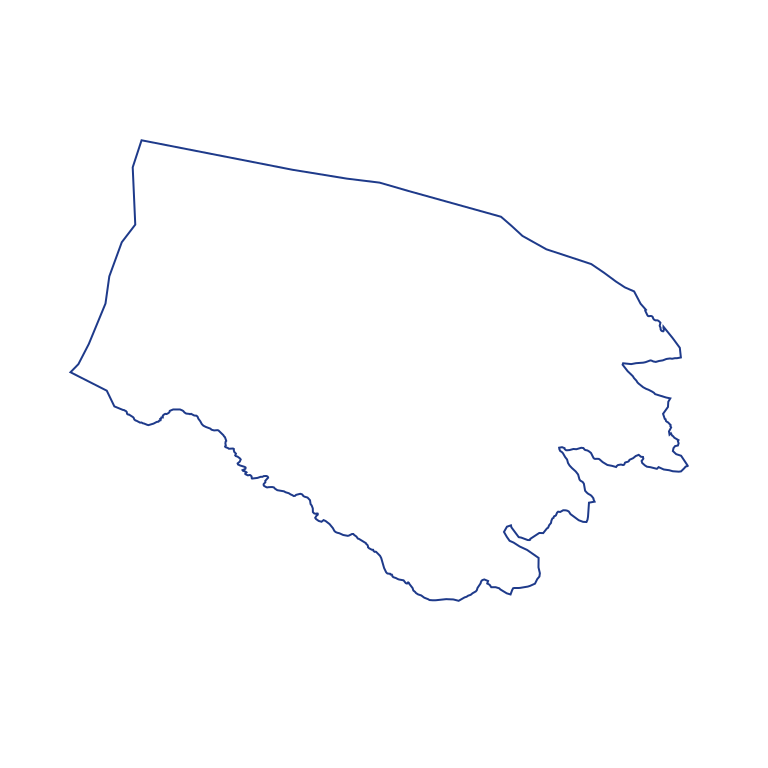 Upper Manya, Eastern, Ghana, rotated 278°
{"feature_id": "2480657B72113427832631", "entity_name": "Upper Manya", "entity_type": "district", "adm_level": 2, "iso_a3": "GHA", "parent_name": "Ghana", "parent_adm1": "Eastern", "projection": "equal_earth", "projection_center": [-0.205, 6.384], "detail": "fine", "context": "isolated", "style": "outline", "palette": "blue", "viewbox_px": 768, "rotation_deg": 278, "n_neighbors": 0, "source": "geoboundaries", "source_scale": "gbopen_adm2", "svg_char_len": 6149}
<svg xmlns="http://www.w3.org/2000/svg" viewBox="0 0 768 768"><g transform="rotate(278 384 384)"><path d="M487.9,104.6L452.4,97.0L424.9,97.0L382.5,86.1L361.1,78.6L352.0,71.9L338.8,110.4L324.3,120.1L322.0,129.0L322.0,130.2L321.6,131.0L321.4,132.0L320.4,133.2L319.0,133.6L318.4,134.1L318.1,135.1L318.3,135.6L316.3,140.0L315.8,140.7L314.1,141.7L313.3,143.0L313.2,143.9L311.8,147.8L312.1,149.3L311.5,150.7L311.5,151.7L310.6,155.3L310.5,156.5L312.7,161.3L314.8,164.2L315.3,165.9L315.9,166.1L316.3,166.7L316.7,166.8L317.0,167.8L317.6,167.9L318.4,167.3L319.1,168.1L319.9,168.2L320.1,168.7L320.1,169.6L321.9,169.4L322.9,170.1L324.0,171.5L324.0,172.9L325.3,174.7L326.5,175.5L327.6,175.6L329.4,178.7L330.4,185.5L329.8,187.8L329.3,189.0L328.1,190.3L327.2,192.2L327.3,195.5L327.1,196.1L327.6,197.1L326.4,200.4L326.5,202.7L325.7,203.9L323.8,205.0L321.5,207.3L319.0,209.1L317.6,210.9L316.7,213.5L315.6,218.4L314.8,219.4L314.6,220.3L314.4,222.3L315.1,225.4L315.0,226.5L311.0,232.0L309.7,233.1L309.2,233.9L305.7,235.7L304.9,235.2L303.0,235.2L301.1,235.9L300.1,235.3L299.8,235.4L299.4,235.9L298.9,238.2L298.3,239.4L299.1,243.5L298.7,244.4L297.8,244.4L296.0,245.1L294.4,247.1L292.6,246.6L292.0,247.3L291.7,249.1L290.4,251.5L289.4,252.6L287.1,252.0L285.0,250.1L284.0,250.6L283.3,252.8L282.6,257.2L282.2,258.4L281.9,258.6L280.9,258.6L280.4,258.1L279.0,255.9L278.4,256.5L278.1,258.7L277.4,260.1L276.2,259.1L275.4,259.3L274.6,261.9L275.2,263.7L275.1,264.4L274.1,265.7L272.2,266.2L272.0,266.5L273.4,271.8L274.9,274.7L275.2,276.6L276.1,277.8L276.5,280.2L276.4,281.0L276.0,281.8L275.1,282.3L271.6,279.9L270.2,280.2L268.2,278.8L267.3,278.8L266.5,279.3L265.7,281.1L265.3,282.6L265.8,284.2L266.4,287.5L266.3,289.3L265.2,290.6L264.0,293.1L263.8,299.9L263.1,301.6L262.6,304.9L261.7,306.8L261.2,308.6L260.5,310.2L260.9,311.5L262.0,312.4L263.6,316.3L263.4,318.0L262.7,319.0L262.0,319.5L261.4,320.8L260.9,324.1L258.6,326.9L254.9,328.0L253.6,329.3L250.9,330.8L247.3,331.4L246.2,332.7L246.0,333.7L246.0,334.5L246.5,335.7L246.4,336.4L245.4,336.6L244.0,335.4L241.9,334.5L240.8,335.5L239.3,338.4L238.9,341.3L240.8,343.1L240.2,345.2L237.7,349.6L234.1,353.5L231.7,355.2L230.7,356.6L230.2,358.4L230.0,360.5L228.8,364.6L228.6,369.2L229.0,370.3L231.0,373.2L231.2,374.5L230.4,375.4L229.1,377.9L227.3,379.6L227.1,380.8L223.9,388.2L223.2,388.6L222.4,389.9L221.0,390.8L220.1,390.9L219.3,392.0L218.2,394.9L218.3,396.3L217.3,396.8L216.5,398.0L216.8,399.1L216.7,399.5L213.3,404.0L211.2,405.5L201.8,409.7L197.9,412.3L197.0,413.4L196.8,414.0L196.9,416.5L196.2,417.0L196.4,418.2L195.9,418.7L194.7,419.1L194.0,420.1L193.5,422.8L192.8,424.7L192.5,426.0L192.3,430.7L189.9,433.2L189.6,434.1L189.8,435.0L190.7,435.2L190.9,435.5L190.6,436.2L189.4,437.1L185.9,440.7L183.6,441.8L182.4,443.8L181.5,444.7L180.4,447.0L179.8,450.3L178.0,453.6L177.0,457.8L176.4,459.1L176.6,462.2L177.1,465.5L179.6,475.5L180.3,482.7L179.7,488.1L183.9,493.5L184.8,495.4L186.1,496.8L187.3,499.2L189.1,500.8L191.4,503.8L192.7,504.6L195.1,505.0L200.0,507.4L201.2,507.5L202.7,508.0L203.5,508.7L204.4,510.5L203.4,514.5L200.8,514.0L199.9,516.5L197.7,518.5L198.3,522.9L197.7,526.6L196.8,527.7L193.8,534.7L193.2,538.6L197.8,539.6L199.7,540.3L200.1,541.3L200.9,546.7L203.4,554.6L204.4,556.7L207.3,561.3L212.1,562.9L215.0,564.7L218.3,564.7L223.9,562.5L233.3,561.3L239.6,548.8L242.0,540.9L245.0,534.4L246.2,530.2L249.7,526.9L254.2,523.4L259.8,525.6L261.7,529.4L259.8,530.1L251.1,538.7L251.0,541.2L249.5,548.0L249.7,549.8L250.1,550.4L251.0,550.4L258.1,558.5L258.5,562.4L263.6,565.4L264.5,566.5L267.2,567.2L269.6,568.7L271.9,568.8L273.8,569.3L274.3,569.5L275.0,570.5L276.4,570.7L277.0,571.3L277.2,571.9L277.8,572.5L280.7,573.3L281.8,574.2L281.8,576.3L283.9,579.0L284.2,581.6L284.0,583.3L283.4,584.8L281.1,586.8L276.2,595.8L275.2,600.3L275.5,603.7L277.9,604.4L281.0,604.5L295.0,603.5L296.8,608.9L298.8,607.6L299.9,607.3L301.7,605.5L302.7,604.1L303.7,601.5L304.7,599.9L306.3,598.0L313.1,595.8L314.6,594.4L315.6,592.0L316.6,590.9L321.4,588.8L324.1,586.0L327.0,581.7L329.1,579.1L331.4,577.2L334.7,575.8L336.8,573.6L340.4,570.8L341.3,569.7L342.2,567.8L343.7,566.8L345.3,566.3L346.2,569.1L345.6,571.7L344.8,571.9L344.4,572.4L343.8,573.5L343.8,574.3L344.4,576.9L346.0,580.6L346.2,583.6L348.3,588.2L348.3,590.4L346.9,591.8L346.6,592.9L346.5,594.7L345.7,596.6L344.5,598.6L340.0,601.7L339.4,602.5L339.2,603.4L339.6,605.5L339.7,607.1L339.4,607.9L337.1,611.4L334.9,616.5L334.7,621.0L334.1,625.4L335.3,626.0L336.3,627.0L337.1,629.4L337.2,630.3L337.0,631.9L337.3,632.7L337.7,633.1L339.6,633.6L339.9,633.9L341.0,636.4L341.6,637.1L343.1,637.7L345.2,641.0L347.7,643.3L349.3,646.1L347.7,648.6L347.8,650.6L346.1,651.2L343.6,649.8L341.7,650.7L339.7,653.7L338.7,655.9L338.7,659.4L338.0,665.8L338.1,666.2L339.9,667.5L338.3,672.9L338.3,678.4L337.8,682.1L338.2,688.1L338.8,690.3L342.3,693.0L344.2,694.2L345.0,696.1L345.4,696.1L354.3,688.2L355.2,683.1L357.8,679.4L360.8,679.6L363.0,680.9L364.0,683.6L366.3,684.0L368.5,682.9L369.4,683.4L371.2,679.0L372.5,677.6L373.1,676.4L375.1,675.0L373.6,673.8L376.7,672.8L381.0,674.4L382.2,673.4L383.2,673.6L385.6,670.5L385.9,669.5L386.6,668.4L388.3,667.7L388.5,666.9L393.3,664.5L400.8,668.4L406.0,668.0L409.6,669.5L409.9,665.2L411.7,653.9L412.9,652.5L413.8,650.5L415.1,646.8L415.7,644.2L416.9,641.0L419.9,636.0L420.9,634.7L422.4,633.5L424.6,630.8L426.4,629.3L430.6,623.5L436.3,617.6L437.8,617.9L438.1,626.0L439.7,630.7L441.2,637.7L442.0,639.9L444.4,644.4L444.4,645.6L443.8,647.6L443.7,650.1L445.1,653.2L446.2,656.8L448.0,660.0L448.4,661.2L449.1,663.7L449.1,665.8L450.0,668.4L450.4,670.8L451.6,674.3L461.0,671.9L469.6,663.5L479.6,652.8L478.4,652.9L477.3,653.5L475.5,653.5L475.0,653.1L475.1,651.9L475.6,651.0L476.9,650.2L478.0,650.1L480.0,648.9L483.1,649.2L484.0,648.2L484.9,646.7L485.1,645.7L484.8,644.0L485.1,643.1L485.5,642.2L486.6,641.3L487.7,640.8L488.3,640.0L488.5,639.1L488.4,638.0L488.0,637.0L488.1,636.0L488.7,635.3L492.6,632.7L493.3,632.4L493.9,633.1L499.2,626.9L510.5,618.8L513.2,609.1L517.7,599.5L524.7,586.6L531.6,572.6L540.0,526.0L549.9,500.5L558.6,487.9L565.9,476.6L578.5,381.6L582.8,351.6L582.2,318.6L583.4,263.7L591.6,110.0L563.6,105.0L507.2,115.5L487.9,104.6Z" fill="none" stroke="#1e3a8a" stroke-width="2"/></g></svg>